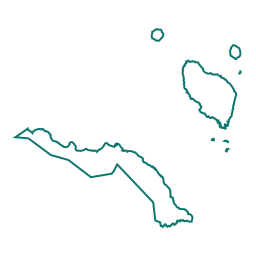 Tawae/Siassi District, Morobe, Papua New Guinea
{"feature_id": "67681753B89980721222980", "entity_name": "Tawae/Siassi District", "entity_type": "district", "adm_level": 2, "iso_a3": "PNG", "parent_name": "Papua New Guinea", "parent_adm1": "Morobe", "projection": "robinson", "projection_center": [147.705, -5.833], "detail": "fine", "context": "isolated", "style": "outline", "palette": "teal", "viewbox_px": 256, "rotation_deg": 0, "n_neighbors": 0, "source": "geoboundaries", "source_scale": "gbopen_adm2", "svg_char_len": 5901}
<svg xmlns="http://www.w3.org/2000/svg" viewBox="0 0 256 256"><path d="M191.6,221.6L192.5,217.6L192.1,216.4L191.3,215.1L189.9,214.2L188.4,214.2L187.9,213.3L188.1,212.3L187.3,211.7L186.2,210.3L185.4,210.1L184.5,209.2L179.7,209.0L179.1,208.0L177.4,207.4L176.7,206.8L175.2,204.4L174.1,203.5L173.5,201.6L173.7,200.6L173.1,200.0L173.1,198.4L172.5,197.4L170.9,197.3L170.4,196.4L170.6,194.1L170.2,192.4L170.5,190.8L170.4,190.5L169.8,189.9L169.5,189.0L168.3,187.3L167.4,186.7L166.0,184.9L164.9,184.5L164.5,184.0L163.7,182.4L163.2,178.3L162.3,176.7L161.6,176.2L162.0,177.3L160.0,175.3L158.6,173.6L156.7,170.5L156.3,170.3L156.0,169.5L155.2,168.5L154.0,167.5L154.1,167.9L154.7,168.6L154.6,168.9L153.5,167.9L153.3,167.2L151.4,166.7L149.8,165.2L147.6,164.7L146.9,163.6L146.3,163.1L145.4,162.9L145.0,162.4L143.7,162.1L143.0,161.2L142.8,160.1L143.1,159.3L142.6,158.2L140.5,156.8L139.0,156.4L137.3,154.4L135.1,152.4L134.1,152.5L133.3,151.8L130.4,151.0L128.3,151.1L127.4,151.7L127.2,150.9L126.4,150.6L123.5,151.0L122.5,150.6L123.3,150.1L123.3,149.7L120.7,146.9L119.4,144.7L117.9,143.7L117.1,143.7L117.0,144.1L117.3,144.7L115.9,145.6L115.7,145.3L115.7,144.9L116.6,143.7L116.1,143.6L115.3,144.5L114.2,146.8L113.8,146.8L109.5,145.3L108.4,144.7L107.2,143.3L105.9,143.1L104.9,143.7L103.3,146.5L101.9,148.2L100.0,149.5L98.8,149.7L98.7,150.4L97.7,150.9L97.0,151.7L96.8,151.1L95.7,150.8L95.2,150.9L94.7,150.5L94.0,150.5L92.9,151.1L91.9,150.4L90.2,150.4L87.5,149.9L86.7,149.0L86.2,148.8L85.2,149.1L84.5,149.8L81.0,150.9L76.4,150.5L75.5,149.0L75.8,146.5L75.6,146.0L74.6,144.9L73.9,143.7L72.4,142.3L71.3,142.1L69.9,142.6L69.5,143.3L69.5,144.4L67.7,146.7L65.1,147.2L64.1,147.1L62.9,146.1L61.6,145.5L61.1,144.9L59.6,144.2L58.7,142.8L57.2,142.5L56.0,141.3L53.8,141.2L52.4,140.2L50.8,137.7L50.4,136.2L50.8,135.1L49.8,134.2L49.6,133.6L49.0,133.2L48.9,132.6L46.5,131.3L44.7,131.0L44.0,130.0L42.8,129.0L41.7,129.0L41.3,129.5L39.8,129.0L37.6,129.2L35.8,129.9L33.8,131.0L33.0,131.9L32.4,133.1L31.6,132.1L30.3,131.4L29.5,130.6L28.0,130.0L27.8,129.8L27.8,128.7L15.4,137.2L28.5,138.4L50.8,155.0L68.4,160.0L91.0,177.2L111.6,173.7L113.7,171.3L117.2,164.4L153.2,202.4L155.3,220.5L160.1,222.3L160.8,226.0L161.9,225.7L162.9,226.9L165.2,224.2L165.4,224.2L165.6,224.7L166.0,224.8L166.5,226.0L167.3,226.7L168.4,225.9L169.6,226.4L170.0,226.3L170.7,225.4L171.3,225.2L171.4,224.8L172.5,223.7L173.0,223.9L173.4,223.6L174.0,223.9L174.4,224.8L175.5,224.3L176.3,223.0L176.7,222.9L176.9,221.6L177.3,220.6L177.8,220.7L178.3,221.4L179.7,220.8L180.2,221.1L180.3,220.3L180.8,220.6L181.7,220.3L182.1,220.5L182.8,220.0L183.5,220.9L184.5,221.2L185.2,220.7L186.1,221.1L187.4,220.7L188.3,221.4L190.1,221.7L191.0,221.5L191.6,221.6ZM189.6,61.9L188.5,60.6L187.7,61.3L186.4,61.2L186.1,61.5L186.3,63.1L186.0,63.5L185.5,63.5L184.6,64.9L184.9,65.8L184.6,66.1L184.1,65.8L183.8,66.0L183.8,66.4L183.1,67.4L182.7,69.0L183.2,69.7L182.8,70.3L182.9,71.4L182.6,72.6L182.8,74.4L183.4,75.7L183.4,77.3L183.9,78.5L183.9,79.3L183.5,79.9L183.6,80.8L184.4,82.3L184.4,82.7L183.8,83.4L184.2,84.9L184.3,87.5L184.7,88.5L185.1,89.0L186.0,89.1L186.5,90.3L187.1,90.9L187.1,91.6L186.7,92.4L187.1,92.5L187.5,92.0L187.8,92.1L188.5,93.9L189.6,94.9L189.8,95.6L189.7,96.4L190.6,97.5L190.7,98.9L191.8,98.9L192.4,98.7L192.9,98.9L195.5,101.3L197.1,102.2L198.0,102.2L199.0,103.1L199.3,103.8L199.6,103.7L199.9,103.9L200.2,105.6L201.1,106.3L201.3,107.0L200.9,108.2L200.0,109.0L199.3,110.2L200.4,111.2L200.4,111.9L200.7,112.2L201.4,112.7L202.2,112.6L203.8,113.6L204.6,113.5L205.0,113.6L205.5,115.0L206.8,116.4L207.1,117.1L208.1,116.9L208.7,116.4L209.3,117.6L210.8,118.0L211.8,117.6L212.0,117.1L212.4,117.1L212.9,117.6L213.5,117.7L214.2,118.5L215.6,118.8L216.8,120.6L217.5,120.3L218.5,120.5L218.2,121.6L219.4,122.8L220.3,122.8L220.4,124.7L221.9,127.8L223.0,128.1L223.7,127.4L224.1,127.4L224.6,127.9L225.4,127.6L225.5,126.8L224.9,125.7L224.8,124.8L225.0,124.3L226.4,124.8L227.2,126.0L227.7,125.8L228.0,125.3L227.8,124.4L228.3,123.6L228.1,122.5L227.7,121.9L228.3,121.9L228.9,121.5L228.6,120.1L229.8,118.5L230.3,117.4L230.8,117.1L231.6,116.0L231.8,114.8L231.8,113.3L232.3,112.7L232.5,111.4L232.5,109.6L233.3,108.9L233.1,108.3L233.2,105.6L233.9,104.6L234.3,101.3L235.1,99.1L235.3,97.5L236.3,94.9L236.1,93.5L235.7,92.6L234.0,90.9L234.0,90.2L233.5,89.0L232.9,88.3L232.6,87.4L231.1,85.3L230.3,84.4L230.0,83.7L227.3,82.1L226.7,80.7L225.3,79.3L224.7,79.5L223.9,78.4L223.2,78.1L222.4,78.1L221.7,77.3L221.3,77.3L220.9,76.0L220.1,76.4L219.7,76.2L218.3,75.3L217.4,74.3L215.8,74.6L212.6,74.4L211.7,74.1L210.8,73.0L209.9,73.5L208.3,73.7L206.0,72.9L204.4,71.9L203.3,70.7L202.9,68.4L201.8,67.7L199.9,65.2L199.2,64.7L198.6,63.2L197.8,62.3L195.6,62.3L195.0,61.7L193.7,61.7L192.8,61.1L191.4,61.6L189.6,61.9ZM236.1,59.0L237.0,57.8L238.7,57.1L239.8,56.0L240.3,54.8L240.4,52.3L239.8,49.6L238.9,47.9L236.9,46.8L236.2,46.0L233.8,45.2L233.1,45.2L231.1,47.6L231.0,48.6L230.0,50.9L230.4,53.3L230.3,54.8L230.8,55.7L232.2,56.5L233.5,57.6L234.4,57.9L234.9,58.7L235.5,59.0L236.1,59.0ZM158.0,29.6L156.7,29.1L155.6,29.5L153.2,31.5L152.4,31.7L152.2,32.0L152.2,33.7L151.7,35.2L151.9,37.7L152.4,38.4L154.2,39.1L156.1,40.6L157.3,40.5L158.3,40.9L159.1,40.6L162.0,37.6L163.0,36.2L163.4,34.7L162.7,32.9L161.9,32.2L161.3,30.0L160.1,29.6L158.0,29.6ZM226.8,151.4L227.0,149.9L228.4,149.1L228.3,148.9L227.4,148.8L226.4,149.5L225.8,150.9L226.4,151.5L226.8,151.4ZM214.0,140.1L213.7,138.7L213.3,138.8L212.7,139.4L211.9,139.5L211.8,140.0L213.8,140.3L214.0,140.1ZM220.5,127.3L220.9,126.6L219.9,124.5L219.6,124.8L219.8,126.5L220.0,127.1L220.5,127.3ZM240.4,73.1L240.6,72.1L240.6,71.4L240.4,71.3L240.1,72.5L239.3,73.4L239.6,73.6L240.4,73.1ZM218.4,122.8L218.3,122.5L217.8,122.2L217.7,122.7L218.1,123.1L218.4,122.8ZM228.1,142.0L227.9,141.6L227.3,141.6L227.4,142.0L228.0,142.2L228.1,142.0ZM225.7,128.5L225.6,128.0L225.0,128.2L225.1,128.6L225.7,128.5ZM225.4,141.1L225.7,140.8L224.7,140.8L224.5,141.0L225.4,141.1Z" fill="none" stroke="#0f766e" stroke-width="2"/></svg>